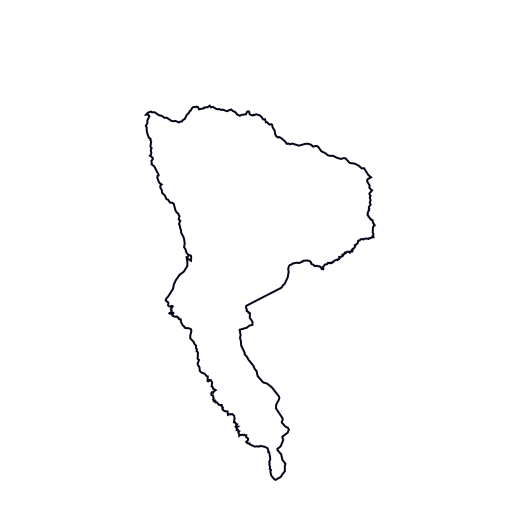 outline of San Andrès, Antioquia, Colombia, rotated 317°
{"feature_id": "7082276B55021826585662", "entity_name": "San Andrès", "entity_type": "district", "adm_level": 2, "iso_a3": "COL", "parent_name": "Colombia", "parent_adm1": "Antioquia", "projection": "orthographic", "projection_center": [-75.67, 6.907], "detail": "fine", "context": "isolated", "style": "outline", "palette": "ink", "viewbox_px": 512, "rotation_deg": 317, "n_neighbors": 0, "source": "geoboundaries", "source_scale": "gbopen_adm2", "svg_char_len": 6143}
<svg xmlns="http://www.w3.org/2000/svg" viewBox="0 0 512 512"><g transform="rotate(317 256 256)"><path d="M271.9,77.6L273.6,79.5L273.3,81.1L269.1,82.7L267.2,84.7L264.2,85.7L263.6,87.6L261.6,89.7L259.8,92.8L258.3,96.6L258.8,98.4L257.7,99.3L257.6,100.6L253.7,103.7L252.9,105.4L253.1,106.0L251.1,106.9L249.7,109.3L248.2,110.2L246.8,110.3L247.3,111.8L247.2,114.3L246.3,114.9L244.3,115.1L243.4,116.7L242.2,117.6L242.7,121.1L240.2,130.1L239.7,130.7L238.5,130.3L237.2,131.4L235.2,136.2L235.8,139.3L234.2,139.2L232.6,140.8L232.2,143.2L230.4,145.8L230.6,149.7L229.3,153.2L230.1,154.9L229.5,158.2L231.0,159.9L231.4,161.8L228.2,167.7L227.7,170.2L228.0,172.3L227.3,173.5L227.2,174.7L224.4,176.5L224.6,178.6L221.5,180.1L220.8,182.3L219.4,184.1L218.9,185.8L217.1,188.0L216.0,192.4L214.8,194.9L212.3,198.3L209.4,200.5L209.1,202.7L207.6,205.7L206.9,209.7L207.8,209.6L208.6,211.3L207.7,212.8L205.2,215.1L204.3,211.7L205.1,210.0L204.4,209.5L201.7,213.6L198.9,216.5L192.4,218.2L187.4,217.6L180.9,219.0L176.5,220.8L173.1,223.3L164.2,225.7L161.2,226.0L159.6,227.0L160.1,229.9L159.8,230.8L158.1,232.0L158.0,232.7L158.6,234.5L160.5,235.1L160.8,236.0L157.5,236.9L157.0,237.4L157.2,238.3L156.1,239.3L153.6,238.8L153.7,239.7L154.7,240.3L155.8,240.2L156.7,241.0L156.7,241.4L154.5,242.1L154.2,242.9L155.5,245.4L156.9,246.3L156.7,247.5L157.3,248.2L156.6,249.6L157.8,250.9L156.2,252.9L155.1,256.8L155.5,258.8L154.9,259.6L155.3,260.6L157.5,262.9L158.5,265.0L157.7,266.7L153.7,269.3L151.7,271.5L151.8,276.2L151.0,278.3L151.0,280.6L149.3,282.4L149.2,284.0L147.7,285.0L147.7,287.0L143.2,291.4L143.4,293.2L140.3,294.6L139.2,296.0L138.8,298.7L136.5,301.8L136.6,303.8L138.1,307.2L138.0,310.5L138.6,311.2L135.3,314.5L135.8,315.3L137.6,315.1L138.3,315.8L137.6,318.7L134.6,321.1L135.0,322.4L134.1,323.5L135.0,326.6L132.9,326.2L131.4,326.8L131.0,325.6L129.6,326.0L128.6,327.4L129.4,328.7L129.1,329.3L128.4,330.0L128.0,331.3L126.9,331.6L126.1,333.2L127.5,333.7L127.4,334.5L126.5,335.4L127.6,336.6L127.3,339.4L129.3,341.7L128.2,342.5L128.5,344.2L127.1,344.9L127.3,345.8L126.9,346.5L127.4,348.3L129.2,350.3L127.1,353.1L129.2,353.8L129.6,354.8L130.8,355.3L131.1,357.8L129.6,360.1L126.5,362.6L127.3,363.5L126.8,364.9L127.4,366.2L125.0,366.8L126.5,368.5L124.4,368.4L124.2,369.3L123.1,370.2L124.2,371.1L123.8,371.8L124.1,372.8L123.0,372.9L122.4,373.6L122.0,375.3L121.2,376.1L122.4,376.2L124.2,377.5L124.7,378.6L125.7,378.7L125.7,379.6L126.6,380.5L125.3,381.7L125.7,384.2L123.9,385.5L122.1,385.2L121.9,386.2L122.5,387.8L123.4,388.6L122.9,389.3L125.1,394.6L126.5,395.4L128.2,397.5L129.6,397.8L132.3,401.5L133.4,404.6L131.9,407.4L131.3,407.6L131.7,408.5L131.1,409.6L128.3,413.8L127.1,414.9L125.2,415.6L124.6,416.9L123.6,417.5L122.1,420.4L120.8,421.1L121.0,422.8L119.4,423.5L117.4,427.0L117.1,431.7L117.7,433.1L123.8,434.5L125.6,433.8L130.3,433.1L133.8,429.3L135.8,428.1L136.3,423.1L139.2,418.1L139.3,412.8L140.0,411.7L144.3,412.0L150.5,409.1L151.9,406.1L158.7,406.8L161.7,405.4L162.1,403.5L161.1,400.3L161.3,395.7L161.6,395.0L164.1,393.8L164.8,392.6L166.7,381.0L169.4,378.5L174.9,376.6L176.5,375.5L177.0,374.3L178.0,362.9L177.1,356.8L175.0,353.3L175.3,345.0L177.9,340.6L178.1,337.5L179.2,334.6L179.8,326.6L180.6,323.8L180.7,320.0L181.7,319.1L184.1,311.4L186.9,307.9L188.5,304.9L190.6,303.6L193.7,298.8L200.4,302.2L203.7,302.4L206.3,303.9L207.5,303.0L208.6,301.5L209.3,296.9L212.5,293.8L212.4,292.9L211.8,292.5L212.2,291.2L211.7,289.8L212.8,288.9L213.3,287.1L214.9,285.8L252.9,296.5L255.9,295.8L258.0,295.9L264.7,293.2L269.2,289.8L270.5,287.6L273.1,285.9L274.6,285.7L276.1,286.5L277.5,286.4L281.4,288.8L282.8,290.7L285.3,291.3L286.1,291.9L287.3,291.7L290.3,294.1L291.5,295.7L292.0,297.7L291.1,299.5L292.1,302.0L292.0,303.5L293.9,304.7L294.5,306.1L295.5,306.9L295.7,308.5L295.2,310.2L296.1,311.5L297.4,310.4L297.6,309.6L300.7,309.3L302.3,310.4L304.1,310.1L305.2,311.8L305.7,311.6L306.7,312.9L308.2,312.5L308.6,313.1L310.2,312.9L312.4,313.7L312.9,314.6L313.8,314.4L314.5,314.8L315.0,314.2L315.8,314.6L316.4,313.5L318.0,314.8L319.3,315.0L319.9,314.2L320.3,314.9L320.8,314.4L321.9,314.7L322.6,314.3L323.4,315.0L323.7,314.3L326.4,315.6L326.9,317.5L327.8,317.0L329.2,318.1L329.5,317.5L330.1,317.9L330.6,317.0L331.0,317.4L331.8,316.8L332.9,317.2L334.6,316.8L335.4,316.4L335.6,315.5L337.1,316.1L337.7,315.7L338.5,316.0L339.7,315.7L341.2,314.5L342.3,315.3L344.0,315.2L345.3,316.1L345.8,317.2L346.9,317.3L348.9,318.7L349.8,320.2L350.9,320.1L351.3,320.8L353.2,321.3L354.2,321.1L354.2,322.1L354.9,322.3L355.0,321.5L357.0,319.9L357.3,318.5L360.6,315.3L361.6,314.6L363.6,314.4L363.2,313.8L364.1,313.0L364.3,311.2L365.7,309.3L364.9,308.2L365.2,307.5L364.8,306.3L365.4,305.2L365.0,304.0L365.7,303.1L365.6,301.9L368.0,300.1L370.0,299.7L370.3,298.7L371.2,298.5L371.5,297.6L372.4,297.0L374.8,296.6L375.7,294.4L377.7,293.5L379.3,290.6L380.8,290.1L381.0,288.4L381.6,287.6L385.7,287.2L385.3,285.4L385.6,283.2L387.2,281.9L388.0,277.9L388.8,276.4L390.4,276.0L393.8,276.9L393.4,273.4L394.9,265.5L393.1,264.1L392.7,260.1L391.3,255.9L388.0,251.9L388.0,245.4L386.5,244.0L384.3,242.9L382.1,239.3L380.9,235.7L378.0,232.6L377.2,231.2L377.0,228.7L375.2,223.9L375.9,219.2L375.6,217.1L372.2,214.6L372.3,212.5L370.7,209.5L368.7,207.7L362.7,204.6L359.2,198.5L357.0,197.5L356.4,195.8L355.0,195.0L355.4,192.4L354.9,187.3L354.2,184.9L352.9,184.3L352.5,182.3L353.1,180.0L355.2,177.0L355.8,173.5L357.3,171.0L357.1,170.1L355.4,169.1L355.3,165.8L354.4,164.9L355.9,162.2L354.4,161.0L354.9,157.9L354.5,155.3L352.7,152.4L350.6,151.7L350.4,151.0L349.5,151.0L348.4,149.3L348.1,147.8L349.4,145.7L349.0,144.9L347.9,144.4L345.3,145.5L341.5,142.8L339.8,142.4L338.7,139.5L339.0,136.7L338.0,134.3L337.7,131.8L333.5,130.3L331.5,126.3L330.3,125.5L329.2,123.3L328.0,122.6L327.3,121.5L326.2,117.6L324.4,116.6L324.7,114.5L321.9,114.1L319.5,112.1L318.5,112.4L314.3,109.8L315.1,107.9L314.7,106.5L313.5,106.1L313.0,105.2L311.1,104.2L310.2,104.2L307.4,105.1L306.6,104.8L304.2,105.6L301.8,105.5L297.4,107.2L295.2,106.7L293.7,107.1L292.2,106.1L290.8,105.8L289.1,102.1L287.8,101.4L286.4,99.7L285.0,94.0L283.3,92.5L282.6,89.2L281.0,86.8L279.9,81.7L277.9,79.9L277.9,79.0L276.0,77.9L274.8,77.5L271.9,77.6Z" fill="none" stroke="#020617" stroke-width="2"/></g></svg>